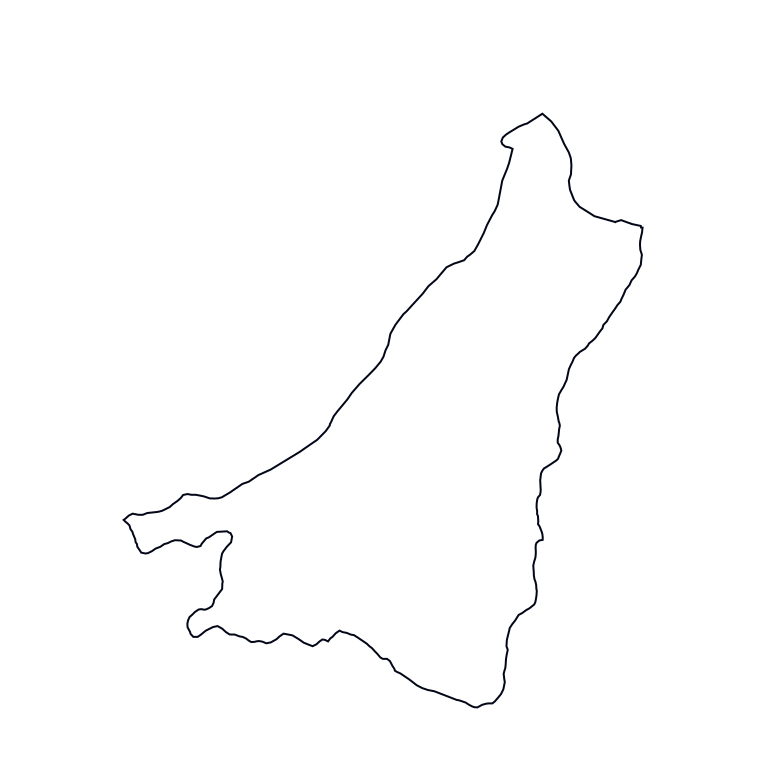 Al Wasta, Bani Suwayf, Egypt, rotated 12°
{"feature_id": "37247803B53497462847633", "entity_name": "Al Wasta", "entity_type": "district", "adm_level": 2, "iso_a3": "EGY", "parent_name": "Egypt", "parent_adm1": "Bani Suwayf", "projection": "orthographic", "projection_center": [31.157, 29.324], "detail": "fine", "context": "isolated", "style": "outline", "palette": "ink", "viewbox_px": 768, "rotation_deg": 12, "n_neighbors": 0, "source": "geoboundaries", "source_scale": "gbopen_adm2", "svg_char_len": 5610}
<svg xmlns="http://www.w3.org/2000/svg" viewBox="0 0 768 768"><g transform="rotate(12 384 384)"><path d="M602.3,176.0L593.1,176.0L593.1,175.9L588.9,175.4L581.9,174.4L576.5,177.4L576.5,177.5L564.3,176.7L556.4,176.2L555.1,176.1L554.9,176.1L550.2,174.3L540.1,170.6L538.6,170.1L533.0,165.8L531.7,164.6L525.6,155.4L524.1,151.4L522.5,146.6L523.3,140.1L522.1,132.6L522.0,131.7L520.1,125.2L519.5,123.8L516.6,119.0L515.9,118.2L510.2,111.6L501.9,100.1L493.0,92.4L482.7,86.7L469.9,99.4L468.8,100.0L467.1,100.9L462.1,104.4L453.9,112.2L451.5,114.7L449.0,118.2L448.3,122.4L450.0,124.9L453.4,126.6L457.6,126.5L460.9,127.3L460.4,141.7L459.7,147.6L457.4,160.4L457.5,165.5L457.8,178.2L457.9,184.9L456.4,191.7L454.8,196.0L451.7,207.1L450.2,215.6L449.2,219.4L447.1,227.5L444.7,235.2L440.7,240.3L439.0,242.0L436.6,246.3L430.8,249.8L427.5,251.6L420.9,256.8L416.8,264.4L413.6,270.5L407.1,279.1L403.1,287.6L395.0,301.3L391.0,308.2L388.5,311.6L382.9,323.6L380.3,332.0L379.8,333.8L380.0,344.8L378.5,350.7L377.8,357.5L377.3,359.0L376.2,362.6L372.2,370.3L367.3,378.1L360.0,389.2L357.8,393.2L354.3,399.5L351.7,405.9L351.1,407.2L343.9,420.9L341.5,426.0L340.0,432.8L339.4,434.5L339.6,435.8L336.8,442.2L330.3,452.4L319.7,463.6L315.6,468.0L300.0,482.7L290.9,491.3L280.2,499.1L276.7,502.8L272.0,507.7L266.2,511.2L262.9,514.7L255.6,522.4L251.1,526.5L249.0,528.5L245.7,530.2L242.3,531.2L237.3,532.1L231.5,531.4L227.3,531.4L223.1,531.5L218.9,532.4L214.7,532.5L210.6,534.3L209.0,537.7L206.5,541.1L202.4,545.5L200.0,548.9L196.7,551.5L193.4,554.1L190.1,555.8L187.6,556.7L179.3,559.4L175.2,562.1L171.0,563.0L165.1,563.1L161.8,565.7L158.6,570.0L157.6,571.1L160.1,572.7L161.8,573.5L164.4,575.2L166.1,578.5L168.7,581.0L169.6,582.7L171.3,585.2L173.0,587.7L173.9,590.3L175.6,591.9L176.5,594.4L179.1,596.9L180.8,598.6L181.6,599.4L183.3,599.4L185.8,599.4L188.3,598.5L191.6,595.9L194.9,592.4L199.0,589.8L202.3,586.3L205.6,584.6L208.9,582.0L212.2,580.2L218.1,579.3L220.6,580.1L224.0,580.8L227.3,581.6L232.4,582.4L234.9,582.3L238.2,580.6L239.0,578.0L242.2,572.0L244.7,570.3L246.3,568.6L249.6,565.1L251.3,563.4L254.6,562.5L257.9,561.6L261.2,560.7L262.9,561.5L264.9,561.8L267.2,564.8L267.2,566.5L267.3,569.0L267.3,570.7L265.7,573.3L264.1,575.9L262.5,579.3L261.7,581.0L260.9,583.6L260.9,586.1L261.0,589.5L261.1,592.0L262.0,597.1L262.1,599.6L263.8,603.8L264.7,605.5L265.6,607.2L267.3,610.6L267.4,613.1L268.3,618.2L266.7,621.6L264.3,626.7L262.7,630.1L262.8,633.5L262.0,636.9L259.5,639.5L257.1,641.3L255.4,642.1L252.9,642.2L252.1,642.2L249.6,643.1L246.3,646.5L244.7,649.1L242.2,652.5L241.5,655.9L241.5,657.2L241.5,659.3L242.4,662.7L245.9,666.9L246.7,668.6L250.1,671.0L254.3,670.1L256.8,667.5L260.9,662.4L264.1,659.8L267.4,657.2L271.6,655.4L276.7,657.0L280.9,659.5L285.1,661.1L286.6,660.8L290.1,660.1L291.9,660.4L295.2,660.9L298.5,660.8L301.9,661.6L305.3,663.2L307.8,664.0L311.1,663.1L312.8,662.2L315.3,661.4L318.6,661.3L322.8,662.1L327.0,660.3L331.9,656.0L334.4,652.5L337.6,649.1L341.0,649.0L346.8,648.9L353.6,651.3L359.5,653.8L361.5,654.1L363.7,654.5L368.7,655.3L372.0,652.7L374.5,649.2L376.9,646.7L379.5,646.6L382.8,647.4L384.4,644.0L385.2,643.1L386.1,642.2L388.5,638.0L390.1,636.2L391.8,634.5L395.1,635.3L399.3,635.2L403.5,636.0L406.9,635.9L411.1,637.5L415.3,639.2L421.2,641.6L424.2,643.5L427.2,644.9L430.6,647.4L433.1,649.0L437.4,652.3L439.9,653.1L444.1,652.2L447.4,653.8L450.9,658.0L453.4,660.5L454.3,662.2L456.8,663.0L460.2,663.7L464.4,665.4L470.3,667.8L477.1,671.1L478.8,671.9L484.7,673.5L490.6,674.2L494.8,674.1L497.3,674.1L520.8,677.9L523.3,677.8L530.0,678.6L534.2,680.2L536.8,680.9L537.6,681.1L539.2,681.3L540.1,681.3L542.6,680.9L546.7,677.4L550.1,675.6L552.6,674.7L556.4,673.9L558.5,671.3L560.9,666.9L562.9,663.0L564.2,658.0L564.2,653.8L564.1,650.2L563.3,648.5L562.6,646.4L561.3,642.6L561.4,640.3L561.4,639.8L561.4,639.6L561.7,636.6L561.3,632.8L560.6,628.3L560.6,628.0L560.5,627.7L560.3,623.0L560.3,618.3L558.3,615.0L557.4,608.9L557.5,604.7L557.7,599.1L557.7,596.6L559.3,592.4L561.4,588.2L563.7,581.9L566.8,579.3L570.1,575.6L572.8,573.3L576.8,568.4L577.4,565.8L577.3,562.3L577.1,558.7L576.9,557.7L576.5,554.7L575.5,552.3L575.5,552.0L575.4,551.8L574.7,549.2L573.4,546.2L571.7,543.5L570.7,540.9L570.4,540.1L569.5,536.5L567.8,530.7L567.8,526.7L568.2,522.3L567.8,518.8L567.3,516.2L566.4,512.9L565.9,509.8L566.2,507.7L568.4,504.8L570.8,503.8L571.6,503.5L571.1,500.8L570.5,499.0L569.5,496.6L567.6,493.7L565.6,490.7L563.8,489.1L563.5,486.4L562.1,481.3L560.8,479.4L560.3,476.8L558.9,473.0L558.2,469.3L557.9,465.6L558.1,463.0L559.7,460.1L559.6,457.1L559.3,455.0L558.5,452.1L557.6,448.7L556.8,445.7L556.2,438.8L556.9,435.9L558.2,433.1L559.6,432.0L559.6,431.9L563.0,428.6L565.9,425.6L568.4,423.0L569.8,421.0L570.1,418.8L570.8,415.3L571.3,412.4L570.6,410.8L570.3,410.2L570.2,410.0L570.1,409.9L569.6,409.0L568.3,407.3L566.2,405.4L565.5,402.6L565.4,398.1L564.7,391.7L564.7,388.3L563.7,385.9L562.5,383.9L560.8,379.7L558.8,375.3L557.8,371.2L557.3,366.0L557.2,362.2L557.3,357.7L559.0,352.5L560.2,349.2L560.3,348.9L560.3,348.7L560.9,345.9L561.8,342.0L561.8,336.0L561.8,331.0L562.9,326.0L563.6,323.6L564.5,318.9L565.9,316.2L567.6,313.9L568.9,311.9L571.1,309.8L573.3,307.7L575.3,304.3L576.1,301.7L579.1,298.1L580.9,295.4L581.4,294.5L584.5,287.3L586.1,284.2L586.3,280.6L589.0,276.3L590.3,271.9L592.3,267.0L593.4,264.5L594.4,262.2L595.9,258.3L598.1,254.4L598.7,251.0L599.6,247.6L600.7,241.5L603.5,236.2L604.6,231.2L607.1,226.7L608.3,223.1L609.0,219.4L610.4,214.1L609.7,207.7L609.4,204.0L606.8,199.4L605.4,194.4L604.9,191.2L604.8,186.3L604.9,181.9L604.7,180.5L604.6,179.3L604.5,178.5L604.4,177.3L602.9,177.5L602.3,176.0Z" fill="none" stroke="#020617" stroke-width="2"/></g></svg>